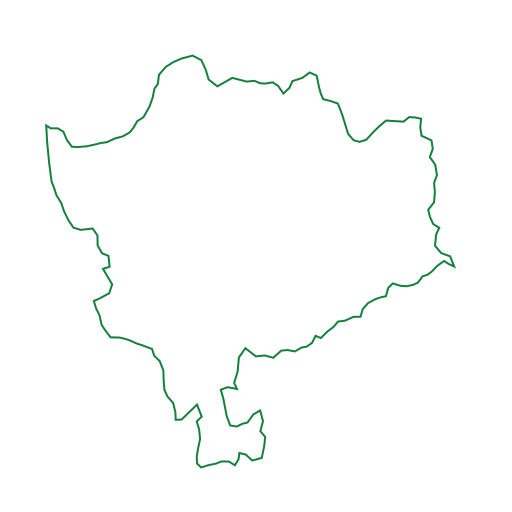 Cabreúva, São Paulo, Brazil (Equal Earth projection), rotated 354°
{"feature_id": "56859067B26102733992690", "entity_name": "Cabreúva", "entity_type": "district", "adm_level": 2, "iso_a3": "BRA", "parent_name": "Brazil", "parent_adm1": "São Paulo", "projection": "equal_earth", "projection_center": [-47.08, -23.313], "detail": "fine", "context": "isolated", "style": "outline", "palette": "green", "viewbox_px": 512, "rotation_deg": 354, "n_neighbors": 0, "source": "geoboundaries", "source_scale": "gbopen_adm2", "svg_char_len": 2523}
<svg xmlns="http://www.w3.org/2000/svg" viewBox="0 0 512 512"><g transform="rotate(354 256 256)"><path d="M311.9,344.4L318.8,338.8L325.9,334.5L330.6,329.8L337.8,329.6L346.6,326.7L353.6,327.3L356.6,320.0L362.4,314.6L370.2,311.4L375.9,310.1L381.0,309.6L384.2,301.5L389.2,297.6L396.7,300.8L402.7,301.8L409.3,301.1L414.4,299.3L419.4,293.7L424.7,292.5L429.4,289.7L435.3,284.7L442.5,280.6L447.2,284.3L452.0,287.2L449.0,276.6L440.4,272.4L435.1,264.5L437.4,253.5L441.2,247.1L435.6,242.8L433.1,235.4L432.1,228.0L438.7,221.2L440.6,210.9L440.7,202.0L444.4,194.5L443.8,184.0L439.2,175.7L443.0,168.0L442.6,159.4L433.2,153.7L432.8,145.6L434.5,136.7L428.9,134.9L422.8,133.9L416.8,137.8L407.8,136.3L399.5,134.9L392.5,139.6L385.5,145.1L377.8,151.9L370.9,153.3L365.1,151.0L360.4,144.2L358.7,135.7L356.9,126.3L355.1,119.0L353.3,112.9L346.4,109.7L339.2,107.0L337.3,100.9L336.2,93.7L335.2,83.0L328.6,79.1L320.7,83.7L310.5,85.9L306.8,92.3L300.2,97.3L295.8,89.1L290.7,85.0L284.3,85.5L278.5,84.8L272.6,81.6L265.2,81.6L258.3,79.1L251.0,76.4L246.2,78.5L235.3,83.2L227.3,75.5L225.6,66.0L222.1,55.5L213.9,50.1L203.3,51.7L194.3,54.4L186.0,58.5L178.4,65.7L176.4,74.6L172.5,78.9L169.9,87.3L166.1,95.5L162.7,100.5L158.5,106.3L152.1,109.4L147.4,115.8L143.2,120.0L136.0,123.1L128.2,124.3L119.6,127.2L113.7,127.4L107.4,128.3L99.1,129.2L90.4,129.0L84.3,128.1L80.1,120.8L77.4,112.2L72.1,108.3L65.2,107.6L61.0,104.3L60.2,120.8L60.0,141.4L60.5,160.5L62.4,167.7L63.9,174.8L67.8,182.8L69.7,191.1L73.2,200.9L77.5,208.8L84.4,211.7L96.4,211.6L100.5,219.0L99.6,229.0L103.2,237.2L109.3,240.5L109.3,251.4L102.5,252.8L106.1,260.7L110.0,269.2L106.1,277.7L96.3,281.8L90.0,283.8L91.5,291.5L94.2,298.7L95.2,308.1L97.9,313.5L102.9,321.7L111.6,322.8L117.7,324.9L122.3,327.1L128.1,330.5L133.1,332.7L142.9,337.6L144.3,344.5L149.2,350.4L151.9,360.1L151.2,369.7L150.9,379.6L153.2,386.3L158.3,393.7L159.5,403.0L159.0,410.5L164.9,410.9L181.8,397.6L185.2,410.1L179.8,414.3L181.3,422.5L181.3,432.0L178.6,440.3L176.1,449.2L175.7,456.2L179.3,460.5L187.1,459.0L194.5,458.3L200.3,456.7L207.5,457.6L213.1,461.9L217.3,456.5L218.9,450.2L225.1,452.4L230.8,459.0L240.6,457.4L244.4,445.6L246.2,436.8L242.0,430.7L245.7,421.1L244.0,410.1L236.9,413.2L230.2,420.7L225.0,421.4L219.0,423.6L212.6,421.8L210.1,411.9L208.6,394.4L207.0,385.3L214.1,383.5L223.2,386.3L221.0,379.9L225.5,369.5L228.4,355.1L235.8,346.6L245.4,355.8L254.2,355.8L262.6,359.0L271.3,352.7L277.9,352.9L284.6,355.0L291.7,351.8L297.0,351.4L302.7,348.2L306.9,341.6L311.9,344.4Z" fill="none" stroke="#15803d" stroke-width="2"/></g></svg>